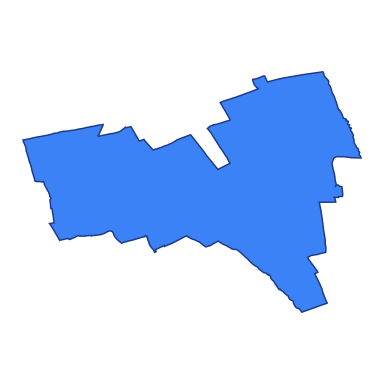 the district of Dodesti, Vaslui, Romania
{"feature_id": "2599482B41248558558990", "entity_name": "Dodesti", "entity_type": "district", "adm_level": 2, "iso_a3": "ROU", "parent_name": "Romania", "parent_adm1": "Vaslui", "projection": "equal_earth", "projection_center": [27.924, 46.352], "detail": "fine", "context": "isolated", "style": "filled", "palette": "blue", "viewbox_px": 384, "rotation_deg": 0, "n_neighbors": 0, "source": "geoboundaries", "source_scale": "gbopen_adm2", "svg_char_len": 5947}
<svg xmlns="http://www.w3.org/2000/svg" viewBox="0 0 384 384"><path d="M325.7,252.4L325.5,251.4L325.7,251.1L325.9,250.4L325.9,248.0L325.8,246.5L325.4,244.6L325.2,243.3L325.2,239.7L323.7,230.8L322.3,219.7L321.0,210.7L319.3,202.3L335.7,202.1L335.5,200.6L335.1,198.8L334.2,197.4L334.8,197.3L336.8,197.4L338.3,197.5L338.5,197.4L338.6,196.6L342.5,196.4L342.7,195.3L342.6,192.5L341.9,186.7L341.2,186.5L339.7,186.3L339.2,186.0L338.7,185.4L338.1,185.0L337.7,185.0L337.3,185.0L336.5,185.3L335.9,185.8L336.2,184.9L336.2,184.2L336.0,183.3L335.4,181.0L335.1,179.6L334.9,177.0L334.3,173.7L332.9,168.1L332.0,163.7L332.2,162.6L333.6,158.4L335.4,157.1L337.5,156.6L342.1,156.8L343.1,156.6L351.4,157.7L361.0,158.0L360.8,157.2L360.7,156.5L360.4,156.0L359.4,155.1L358.9,154.2L359.5,153.0L359.6,152.2L359.4,151.8L358.4,151.2L358.5,149.9L358.4,149.1L357.9,148.5L356.5,147.4L356.4,147.1L356.3,146.2L355.3,145.2L354.7,143.7L354.2,142.8L354.0,142.0L354.0,139.7L353.8,138.9L353.0,137.8L353.0,136.9L353.4,135.9L353.4,135.5L353.1,134.4L352.1,133.0L351.9,132.0L351.5,131.4L350.9,130.8L350.5,130.2L350.4,129.7L351.1,128.9L351.3,128.4L351.2,127.9L350.7,127.8L349.7,127.9L349.5,127.6L349.3,126.9L349.3,126.1L349.6,125.3L349.6,124.9L349.3,124.7L347.8,124.4L347.5,123.8L347.5,123.3L348.0,122.8L348.3,122.1L348.4,121.5L347.9,121.1L347.2,120.9L346.0,120.8L345.9,120.5L346.0,120.1L346.4,119.5L346.2,119.1L345.3,118.9L344.8,118.6L343.5,118.3L343.0,117.3L342.4,115.1L341.4,113.1L340.9,112.1L339.4,109.8L338.5,109.7L336.2,101.9L335.4,100.2L334.3,96.5L333.6,95.4L333.5,95.0L332.7,93.9L332.2,92.7L331.1,88.9L330.4,86.7L329.8,85.7L329.0,84.6L328.6,84.0L328.5,83.0L328.7,82.2L328.8,81.8L328.5,81.1L328.3,80.4L327.8,80.0L327.2,79.2L326.5,78.6L325.8,77.7L324.8,76.8L324.3,76.1L323.9,74.7L323.6,73.1L322.9,71.8L322.3,71.8L320.8,72.1L304.4,74.4L283.0,78.1L277.1,79.4L267.7,81.9L267.4,81.8L267.1,81.3L265.0,76.6L264.6,76.0L264.0,75.9L262.6,76.3L260.6,77.1L259.3,77.8L255.8,78.9L254.3,79.2L253.4,79.2L252.6,79.5L252.7,80.7L253.7,82.9L254.1,84.3L254.6,85.1L256.8,87.6L257.8,88.1L258.1,89.0L257.2,89.2L247.8,92.8L236.1,97.1L231.8,98.5L224.8,100.7L220.2,102.5L227.4,114.7L230.2,119.9L230.0,120.2L228.8,120.6L226.5,121.2L218.4,123.8L216.2,124.4L213.8,124.7L209.5,126.5L209.1,127.0L209.1,127.3L207.4,128.4L207.6,128.6L208.3,129.6L211.1,133.0L214.2,138.1L220.7,148.4L221.2,148.8L225.2,155.1L225.7,155.9L226.8,157.2L227.5,158.4L228.7,161.2L230.0,163.3L217.9,169.4L212.5,162.8L206.2,155.0L204.8,152.8L199.8,146.5L197.3,143.2L195.0,140.3L191.1,135.3L190.7,134.9L190.4,134.8L179.4,138.9L177.0,139.9L176.2,140.4L175.3,141.1L170.8,143.7L169.3,144.1L167.8,145.0L165.0,145.8L160.9,147.5L157.4,148.6L155.8,149.3L155.6,149.1L153.1,150.0L147.2,143.4L145.1,141.1L143.9,139.4L139.2,141.0L131.0,126.7L125.9,127.7L125.4,127.2L125.3,127.3L124.2,128.3L120.8,130.9L119.8,131.5L118.5,132.0L116.6,132.6L113.1,133.4L110.2,133.8L101.2,135.7L98.6,136.3L98.0,135.7L98.7,134.9L99.8,132.6L103.0,125.3L103.1,124.5L102.4,124.7L98.6,125.1L92.7,126.4L90.8,126.6L89.3,127.0L86.7,127.5L83.5,128.3L81.5,128.7L80.7,128.7L76.9,129.5L75.8,129.9L74.5,130.1L71.4,130.4L69.5,130.7L68.3,131.0L62.4,131.4L60.9,131.9L59.4,132.1L58.2,132.6L58.0,133.0L54.2,133.3L50.4,134.5L46.0,135.5L43.8,135.8L42.4,136.2L38.3,136.8L35.7,137.3L28.5,139.0L23.0,140.0L23.2,140.8L23.7,142.3L25.6,146.7L26.0,148.3L26.1,150.4L26.2,150.9L26.9,152.5L27.7,156.0L28.3,157.1L28.9,160.0L29.7,162.6L30.6,164.6L30.9,166.3L31.2,166.7L31.6,168.4L31.9,170.4L33.1,174.2L33.7,176.5L34.3,178.1L34.8,180.4L35.1,181.3L36.0,181.3L38.0,181.7L39.0,181.4L40.7,181.8L41.9,181.9L42.5,181.9L43.4,181.6L44.2,182.9L44.4,184.7L46.0,187.4L46.4,188.4L46.8,188.7L47.2,190.0L47.5,190.4L48.5,191.9L49.2,193.9L49.6,194.8L49.8,196.5L50.6,198.0L50.9,198.3L50.9,198.7L50.0,199.9L49.9,200.3L50.5,204.2L50.5,205.7L50.9,208.6L52.0,208.6L52.2,210.0L53.1,215.5L53.8,219.9L54.0,221.8L54.0,222.9L49.5,223.5L50.5,224.9L54.0,230.6L59.8,240.4L60.8,240.0L63.7,239.4L64.4,239.3L65.1,239.1L65.8,238.8L67.5,238.4L68.0,239.0L69.1,238.8L69.6,239.5L73.0,238.1L78.4,235.5L79.4,236.1L82.6,236.1L86.0,236.0L86.4,235.8L90.8,235.5L91.1,235.9L91.3,236.0L91.9,235.7L100.3,234.7L101.0,234.6L105.3,233.0L105.5,232.8L107.2,231.8L108.6,231.2L110.4,230.9L112.0,231.4L112.9,232.4L113.6,234.0L114.2,235.7L115.6,237.8L118.5,240.8L120.6,242.4L121.5,243.2L122.6,242.7L125.9,241.7L127.1,241.6L127.4,241.3L128.1,241.1L132.2,240.2L141.6,237.4L144.8,236.6L144.6,236.0L144.9,235.9L145.7,235.7L146.2,236.1L146.9,236.2L146.9,236.4L146.7,237.0L147.3,237.5L147.5,237.9L147.5,238.2L147.8,239.0L147.7,239.4L148.0,240.6L148.6,241.5L148.7,242.3L149.2,243.0L149.2,244.1L149.4,244.4L149.8,244.9L150.5,246.4L151.3,247.2L151.3,247.5L151.5,247.8L152.8,249.0L153.9,250.6L154.5,252.3L156.2,251.6L155.4,249.7L157.0,248.9L164.1,245.6L164.4,246.4L171.9,243.4L173.2,242.7L186.7,235.7L187.1,236.3L187.8,236.8L189.1,237.4L191.8,238.9L192.8,239.3L194.1,239.6L199.3,242.0L205.6,246.9L209.6,245.8L211.1,245.2L212.5,244.1L218.2,241.1L222.9,244.2L225.7,245.3L230.3,247.9L231.8,248.9L234.6,249.5L236.1,249.3L238.8,251.1L241.2,253.0L245.5,257.2L247.9,259.1L248.8,260.3L251.2,262.7L252.7,264.0L254.6,265.5L257.7,267.2L258.7,268.7L259.4,269.4L260.8,270.4L263.6,272.6L265.3,272.8L266.9,274.0L267.6,274.3L267.9,274.7L268.2,274.4L268.7,274.7L268.9,275.2L269.6,275.1L270.3,276.1L270.5,277.1L271.0,278.5L272.2,280.0L274.2,281.8L275.3,284.4L275.6,284.7L276.1,284.8L276.7,285.6L276.9,286.2L277.3,286.7L277.3,287.0L277.6,287.5L278.9,289.1L279.1,289.6L279.9,289.0L280.7,290.0L281.4,290.6L283.1,291.7L284.1,292.8L285.1,293.7L286.8,295.1L288.1,296.0L289.2,298.5L289.7,299.2L290.9,300.0L291.7,300.3L292.9,300.8L293.1,301.1L293.4,303.0L294.7,305.7L295.6,306.9L296.5,307.9L298.6,308.4L299.3,309.0L300.7,310.5L301.8,312.2L327.2,303.1L325.9,300.3L322.9,292.7L321.9,288.8L320.1,284.7L317.5,279.3L314.7,273.7L317.9,272.2L317.0,270.7L314.5,267.4L312.7,264.8L308.6,259.4L307.5,257.5L311.2,255.5L317.4,254.5L321.8,253.2L325.7,252.4Z" fill="#3b82f6" stroke="#1e3a8a" stroke-width="1.5"/></svg>